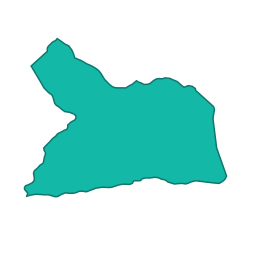 outline of Pontal, São Paulo, Brazil, rotated 277°
{"feature_id": "56859067B44935232786988", "entity_name": "Pontal", "entity_type": "district", "adm_level": 2, "iso_a3": "BRA", "parent_name": "Brazil", "parent_adm1": "São Paulo", "projection": "equal_earth", "projection_center": [-48.065, -20.99], "detail": "fine", "context": "isolated", "style": "filled", "palette": "teal", "viewbox_px": 256, "rotation_deg": 277, "n_neighbors": 0, "source": "geoboundaries", "source_scale": "gbopen_adm2", "svg_char_len": 1921}
<svg xmlns="http://www.w3.org/2000/svg" viewBox="0 0 256 256"><g transform="rotate(277 128 128)"><path d="M208.1,46.8L206.1,45.6L204.1,42.6L201.1,40.3L199.5,39.0L197.6,38.2L194.2,38.5L177.7,24.3L161.4,36.9L157.7,39.6L155.7,42.0L153.3,45.1L151.7,48.2L149.4,49.8L147.4,50.6L143.6,52.2L141.8,54.0L140.3,57.2L138.4,59.9L136.6,63.2L136.4,68.3L135.3,72.7L133.5,74.9L131.5,75.1L129.3,74.1L127.1,70.8L123.6,67.8L121.1,68.1L119.1,67.3L117.9,64.9L115.9,62.2L113.8,58.9L111.2,57.3L108.2,54.3L104.7,52.0L99.9,48.2L97.8,46.8L95.5,47.5L93.8,49.0L91.5,49.2L88.7,48.5L86.1,48.4L82.8,48.1L80.2,45.1L77.0,42.9L74.2,40.3L71.6,39.7L67.4,41.0L64.4,41.3L61.8,39.4L59.5,36.0L58.3,33.5L56.5,32.5L54.5,32.8L51.2,36.4L47.9,35.8L49.6,39.7L51.1,45.0L51.3,48.8L51.5,53.0L52.0,57.3L50.9,64.1L51.5,66.8L53.8,69.7L56.0,73.7L56.1,78.6L56.5,81.3L57.5,84.3L59.3,87.4L59.7,90.3L59.6,94.4L62.5,100.0L64.4,103.5L66.1,109.7L66.6,116.3L67.2,119.0L70.5,126.1L71.7,130.1L72.2,136.4L73.6,139.1L76.3,140.1L76.7,143.3L77.3,146.9L79.3,148.2L80.6,151.5L81.0,155.4L81.6,157.9L82.4,160.6L82.3,164.4L81.3,167.2L81.0,171.3L79.2,174.4L78.1,180.9L78.9,184.5L79.6,188.3L79.5,192.1L80.5,194.4L82.2,197.2L83.9,201.6L83.9,216.7L83.9,219.5L84.1,225.2L86.2,228.0L88.7,230.4L92.3,231.7L119.0,218.4L147.2,211.3L149.9,211.2L153.7,211.4L156.8,211.6L159.6,210.3L161.6,207.6L173.5,190.6L175.4,190.0L177.2,186.6L177.4,182.7L175.2,178.6L176.6,176.4L178.4,173.6L180.1,171.2L181.3,166.8L182.4,163.2L182.2,158.6L180.9,155.7L180.9,153.1L180.2,150.3L178.4,147.8L174.9,144.5L173.7,142.0L173.2,138.5L174.3,135.6L174.8,133.0L175.9,130.6L173.7,128.6L171.9,126.8L169.4,123.2L167.5,121.0L167.2,117.9L166.7,114.0L166.4,110.8L167.0,107.6L168.9,104.4L173.3,98.9L175.6,97.0L178.4,94.9L180.9,92.5L182.8,89.6L184.6,85.8L185.7,82.7L186.8,78.8L189.1,73.7L191.1,66.6L194.7,65.0L198.5,62.8L202.3,59.2L203.7,55.0L205.0,52.8L206.4,50.2L208.1,46.8Z" fill="#14b8a6" stroke="#0f766e" stroke-width="1.5"/></g></svg>